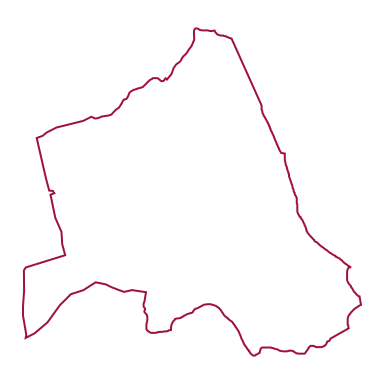 the district of Belen, Heredia, Costa Rica
{"feature_id": "36466004B97828735780055", "entity_name": "Belen", "entity_type": "district", "adm_level": 2, "iso_a3": "CRI", "parent_name": "Costa Rica", "parent_adm1": "Heredia", "projection": "robinson", "projection_center": [-84.175, 9.985], "detail": "fine", "context": "isolated", "style": "outline", "palette": "rose", "viewbox_px": 384, "rotation_deg": 0, "n_neighbors": 0, "source": "geoboundaries", "source_scale": "gbopen_adm2", "svg_char_len": 5992}
<svg xmlns="http://www.w3.org/2000/svg" viewBox="0 0 384 384"><path d="M284.8,153.5L281.9,153.1L281.2,152.9L279.2,149.6L278.9,148.3L277.9,146.7L277.6,145.3L277.1,144.8L276.9,144.1L276.6,143.7L276.5,143.0L275.9,141.8L275.7,141.1L275.0,139.9L274.9,139.2L274.3,138.0L273.9,136.7L273.4,135.4L272.7,134.2L272.3,132.9L271.9,132.5L271.6,131.4L271.2,131.1L270.6,129.9L270.6,129.1L270.4,128.6L269.9,128.1L269.9,127.4L269.4,126.1L268.9,125.9L268.9,125.1L268.4,123.9L267.9,123.3L267.8,122.6L267.4,122.2L267.3,121.6L266.5,120.6L266.1,119.4L265.6,118.8L265.1,117.8L264.7,117.4L264.6,116.8L263.9,115.9L263.3,114.8L263.3,114.1L262.7,113.3L262.4,112.7L262.3,111.3L261.6,109.2L261.6,105.5L231.7,38.9L231.5,38.5L230.8,38.5L230.3,38.1L229.6,38.0L227.3,37.0L226.7,36.9L226.2,36.4L223.7,35.9L223.1,35.5L220.4,35.5L218.2,34.8L217.7,34.4L217.1,34.3L216.8,33.7L215.3,32.2L214.5,30.5L211.6,31.1L209.5,30.9L207.6,30.4L202.1,30.4L199.7,29.9L198.0,28.7L196.7,28.4L195.9,28.4L195.1,28.7L194.3,29.9L194.0,30.9L194.0,34.0L194.1,34.8L194.2,39.8L191.7,45.7L190.8,47.0L188.6,49.9L188.0,51.1L186.4,53.4L185.0,54.9L183.2,56.4L181.8,58.6L180.6,61.0L178.9,62.6L178.2,62.9L176.1,64.5L175.5,65.4L173.6,68.1L172.1,72.5L171.0,74.8L170.8,74.8L167.0,79.5L166.4,78.8L165.5,78.3L164.9,78.8L164.3,80.2L163.9,80.7L162.7,81.1L161.7,81.1L160.5,80.6L159.5,79.6L157.9,78.4L156.8,78.1L153.0,78.1L152.1,78.9L150.3,79.8L149.2,80.5L149.0,80.9L147.5,82.2L145.4,84.6L144.4,85.3L143.2,86.7L142.6,87.1L140.0,88.0L138.7,88.2L138.3,88.4L137.8,88.5L136.1,89.2L133.8,89.8L131.2,91.2L129.4,92.8L129.1,93.5L128.9,94.3L128.6,94.7L128.3,95.9L127.5,97.1L127.4,97.7L126.6,98.6L126.5,98.8L125.5,99.3L124.5,99.4L124.1,99.7L123.8,99.7L123.2,100.5L122.1,102.5L122.1,102.8L121.1,104.3L120.9,104.4L120.1,106.0L118.9,107.7L115.4,110.1L114.7,111.1L113.7,111.9L111.5,114.5L111.1,114.7L108.7,115.5L107.6,115.6L106.6,115.9L105.5,115.9L103.6,116.3L101.8,116.5L100.6,117.0L99.9,117.4L97.1,118.3L94.7,118.5L93.2,117.6L91.3,116.8L83.2,120.9L56.5,127.5L46.7,132.5L42.5,135.9L36.7,138.0L45.8,177.7L49.2,190.6L52.8,190.9L53.5,192.1L54.3,193.2L50.5,194.7L55.3,217.8L61.5,232.0L62.2,244.1L65.2,255.2L25.9,267.4L23.9,270.4L24.1,290.4L23.0,307.0L23.0,315.7L26.3,334.7L25.7,337.9L34.5,333.4L47.4,322.5L59.8,305.3L70.9,294.2L83.3,290.2L95.7,282.3L105.9,284.4L110.8,286.9L119.0,290.1L124.1,291.9L132.0,290.1L146.0,292.2L144.5,301.3L143.6,303.8L143.5,305.8L143.6,306.4L144.2,307.5L145.0,308.4L145.1,308.7L145.1,309.3L144.4,311.1L144.4,312.0L144.8,312.4L145.5,313.4L146.2,314.0L146.8,314.9L146.9,315.5L147.1,315.7L147.1,316.3L147.4,317.4L147.3,320.1L146.7,323.3L146.4,324.1L146.4,328.9L146.8,329.8L148.1,331.2L149.0,331.7L149.9,332.4L151.1,332.9L155.2,332.9L157.5,332.4L158.2,332.0L162.5,331.8L164.6,331.4L166.7,331.4L167.6,330.9L168.4,330.8L169.1,330.2L170.9,330.1L171.1,326.8L171.6,324.5L173.0,321.6L173.6,320.9L174.6,319.9L175.0,319.3L175.0,319.1L176.2,318.6L180.2,318.1L180.8,317.6L182.3,317.1L182.9,316.4L183.8,315.9L184.8,315.5L186.6,314.4L189.7,313.3L191.3,313.0L192.3,312.6L192.8,312.0L193.5,310.7L194.3,309.9L194.6,309.3L195.1,309.1L195.7,308.7L197.7,308.1L204.0,304.7L207.8,304.2L210.4,304.2L211.5,304.4L212.3,304.9L213.1,304.9L215.9,305.9L218.7,307.9L219.1,308.0L219.2,308.4L220.5,309.8L220.8,310.0L222.0,312.1L222.5,312.6L222.9,313.4L224.4,315.6L225.1,316.1L225.3,316.5L226.9,317.5L227.1,317.8L227.8,318.2L228.3,319.0L230.0,320.4L232.2,321.8L232.8,322.8L233.4,323.5L233.5,324.0L234.4,324.9L235.3,326.2L235.3,326.6L235.7,326.8L235.8,327.2L236.4,327.9L236.8,328.7L237.1,328.9L238.7,331.6L239.0,332.4L239.3,332.8L239.7,334.1L240.2,334.9L241.4,338.4L242.7,340.8L243.0,341.7L244.5,345.0L245.2,345.5L245.5,346.4L246.2,346.9L246.7,347.7L247.0,348.5L247.6,349.1L247.7,349.5L248.9,350.7L248.9,351.1L249.3,351.1L249.3,351.6L250.2,353.0L251.3,354.2L253.2,355.6L254.9,355.6L255.7,354.8L256.4,354.7L258.3,353.6L258.9,353.0L259.7,352.8L260.0,350.6L260.3,350.2L260.8,348.5L261.6,347.8L262.4,347.5L270.9,347.5L272.0,348.0L272.9,348.0L273.6,348.4L274.4,348.6L275.6,349.1L276.5,349.2L278.1,349.7L279.4,350.6L282.6,351.3L287.3,351.3L288.0,350.9L289.2,350.9L289.6,350.6L291.3,350.7L292.9,350.9L293.1,351.3L293.8,351.6L295.2,352.6L295.9,352.9L296.2,353.2L297.4,353.5L298.2,353.5L298.6,353.7L304.5,353.7L305.6,352.6L305.7,352.2L308.0,349.2L308.4,348.5L308.4,348.1L308.7,347.9L309.2,347.1L310.0,346.2L310.4,346.1L310.6,345.9L313.6,345.9L314.8,346.4L315.3,346.8L315.8,346.8L316.1,347.1L321.6,347.1L323.9,346.2L324.1,345.8L324.8,345.6L325.4,345.2L325.8,344.7L326.4,343.7L326.9,342.6L326.9,342.1L327.2,341.8L327.8,341.3L329.0,341.1L329.5,340.5L330.1,339.6L330.1,339.2L330.7,338.5L348.7,328.3L348.3,326.9L348.3,325.4L347.8,325.1L347.7,324.4L347.7,318.5L348.0,317.2L348.6,316.1L348.7,315.4L349.9,314.0L350.3,313.7L350.5,313.1L351.2,312.2L352.2,311.3L354.1,309.2L359.2,305.7L361.0,304.9L359.5,296.3L358.6,296.3L355.9,293.9L355.4,292.9L354.0,291.8L352.3,288.5L351.2,287.4L351.1,286.4L349.8,284.8L349.2,284.3L347.7,281.8L347.3,280.8L347.1,279.8L347.1,271.6L347.3,270.5L348.0,268.5L348.7,267.7L349.6,267.2L351.2,267.5L350.4,267.2L349.1,266.1L348.1,265.8L346.5,264.3L345.5,263.9L343.3,262.0L341.8,260.3L340.1,259.1L339.6,258.5L337.2,257.4L336.7,256.8L335.7,256.7L335.3,255.8L334.3,255.4L331.6,253.9L330.8,253.2L329.0,252.2L327.4,250.7L323.9,248.3L323.2,247.5L321.3,246.4L318.9,244.3L317.4,242.7L314.6,241.2L314.4,240.2L313.7,239.7L311.9,237.6L311.1,237.0L310.6,236.3L307.7,233.0L307.3,232.0L306.6,231.2L306.6,230.0L306.1,229.4L306.1,228.3L305.6,227.3L305.3,226.3L304.6,225.5L304.5,224.3L303.9,223.4L302.5,220.4L302.2,219.6L301.4,219.0L300.8,218.0L300.5,216.9L299.6,216.7L299.3,215.8L298.3,214.3L297.5,212.3L297.3,211.3L297.3,204.3L296.8,203.4L296.7,197.6L296.1,196.7L295.7,195.6L295.1,195.1L294.7,194.0L294.7,192.9L293.9,192.0L293.6,191.0L293.6,189.8L293.2,188.9L292.6,188.0L292.6,186.8L292.3,185.8L289.0,176.2L289.0,173.9L288.4,173.3L288.4,172.2L287.4,170.3L287.4,169.2L286.9,168.6L286.9,167.4L286.6,166.4L285.9,165.5L285.6,163.3L284.8,160.0L284.8,153.5Z" fill="none" stroke="#9f1239" stroke-width="2"/></svg>